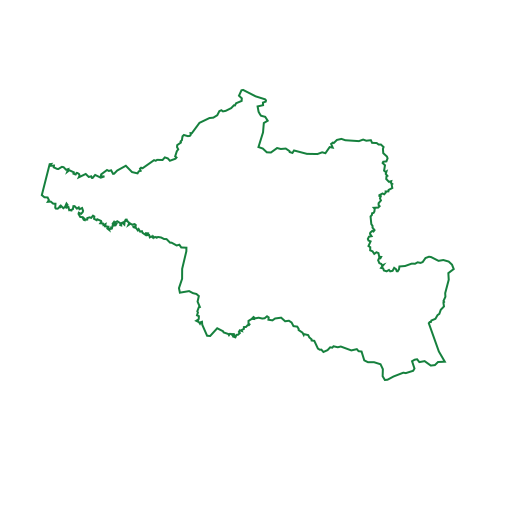 Tonkpi, Dix-Huit Montagnes, Ivory Coast (Albers equal-area conic projection), rotated 71°
{"feature_id": "98640826B98350089255378", "entity_name": "Tonkpi", "entity_type": "district", "adm_level": 2, "iso_a3": "CIV", "parent_name": "Ivory Coast", "parent_adm1": "Dix-Huit Montagnes", "projection": "albers", "projection_center": [-7.715, 7.368], "detail": "fine", "context": "isolated", "style": "outline", "palette": "green", "viewbox_px": 512, "rotation_deg": 71, "n_neighbors": 0, "source": "geoboundaries", "source_scale": "gbopen_adm2", "svg_char_len": 6142}
<svg xmlns="http://www.w3.org/2000/svg" viewBox="0 0 512 512"><g transform="rotate(71 256 256)"><path d="M218.5,105.1L218.7,106.1L217.0,107.1L212.2,104.5L209.3,106.0L208.3,105.0L209.0,101.9L206.5,99.8L204.6,99.8L200.2,102.2L196.0,101.1L194.5,99.9L191.3,101.6L190.5,103.8L188.5,105.1L186.8,109.4L183.9,109.7L182.9,114.2L180.8,116.8L180.9,121.3L175.6,133.9L173.1,137.1L172.6,141.7L174.5,145.7L173.8,146.4L174.5,148.5L178.5,148.2L177.0,150.9L181.4,156.9L179.5,159.7L179.6,164.7L176.0,174.6L168.6,185.7L170.4,188.0L168.7,190.3L167.7,190.2L164.1,192.9L162.9,197.7L160.8,200.9L163.0,208.2L161.5,212.0L156.6,214.6L153.8,218.2L141.4,209.1L132.8,205.3L131.9,200.9L127.4,202.0L125.0,205.6L123.3,206.1L120.5,206.6L115.1,205.8L115.7,200.2L113.2,199.5L113.2,196.6L112.1,195.9L110.8,196.4L104.9,204.4L94.8,214.1L94.6,215.8L98.9,219.9L102.3,218.1L104.7,219.1L105.1,225.1L106.8,226.9L106.3,227.8L108.1,231.3L108.9,237.4L108.5,240.2L106.9,241.3L107.1,243.5L110.3,246.8L111.3,251.3L110.4,255.1L111.7,266.1L119.0,276.7L118.5,277.9L120.1,278.2L120.9,279.5L120.5,281.4L118.1,284.8L118.9,286.5L122.4,288.4L123.1,290.0L124.3,290.1L125.5,294.4L127.3,295.2L129.8,294.8L131.2,296.8L135.5,300.0L137.0,299.1L137.8,300.5L137.9,306.4L135.0,307.6L133.1,310.1L134.8,313.1L132.9,318.2L133.3,319.8L132.2,321.2L136.1,334.7L135.1,335.9L135.7,337.3L137.9,337.3L137.8,339.3L139.3,341.1L136.3,345.9L128.3,349.7L130.0,359.4L132.0,363.4L131.8,364.4L127.8,365.1L127.7,367.4L126.2,368.9L128.4,375.8L129.5,376.5L130.4,376.1L131.4,373.4L131.4,377.3L127.0,381.7L129.0,385.1L128.7,385.8L127.0,385.9L126.8,388.4L123.0,390.3L123.9,397.9L122.6,396.7L121.0,396.6L119.4,397.8L119.0,398.6L120.2,400.0L119.7,400.7L118.7,401.8L117.6,401.0L114.1,404.6L115.0,407.1L112.7,405.3L112.6,407.5L109.4,409.0L108.5,410.5L109.4,414.6L108.9,415.7L106.3,418.4L104.7,417.6L103.9,420.7L103.0,420.9L102.3,419.8L102.0,421.2L128.7,438.7L131.6,436.9L132.8,434.0L135.6,433.6L137.0,435.2L137.7,432.4L140.5,430.7L141.3,428.6L145.0,430.1L146.0,429.8L146.7,428.1L145.7,425.6L146.7,424.5L145.1,425.2L144.7,424.2L148.1,422.6L147.3,420.5L144.7,418.1L146.3,417.6L147.6,419.7L148.6,419.6L148.6,417.4L151.9,417.7L152.2,415.7L153.6,416.2L152.2,415.3L152.1,413.9L149.4,412.4L149.8,411.3L152.9,409.9L152.3,407.8L154.3,407.7L154.0,404.8L157.0,404.8L158.1,405.6L159.2,407.7L157.4,409.4L158.4,410.1L161.8,409.5L162.8,407.5L165.7,407.1L166.1,406.6L164.5,406.3L166.2,405.4L166.6,403.7L165.2,403.1L165.3,400.7L166.3,399.4L164.8,397.0L166.0,396.0L168.1,397.0L170.3,395.0L169.6,394.1L172.4,391.1L173.4,391.1L174.4,392.5L175.5,390.1L177.1,390.2L176.8,387.9L178.8,389.1L180.2,386.2L181.6,387.6L183.5,386.4L181.5,386.3L182.9,385.5L183.1,384.3L182.1,383.8L182.8,383.1L179.8,381.2L180.8,381.0L181.3,378.8L180.2,377.6L179.6,380.2L178.7,380.8L177.5,379.1L178.4,378.9L178.0,375.8L181.2,373.4L182.6,374.3L183.2,373.5L181.1,372.9L180.9,370.3L181.8,369.9L182.1,371.0L183.4,370.3L180.6,369.0L180.4,367.4L179.9,368.1L179.2,367.4L179.5,366.4L181.1,366.5L183.4,365.0L185.2,366.6L184.5,364.2L186.0,363.0L186.3,360.4L187.6,359.6L189.0,360.3L188.4,362.4L188.9,362.4L190.5,360.3L193.3,359.4L192.4,358.2L195.3,357.6L195.4,355.8L197.2,355.7L200.0,353.6L198.6,352.7L199.4,350.8L200.9,351.9L201.2,350.2L203.8,350.3L203.5,348.6L205.1,347.5L203.9,346.9L205.5,345.8L205.4,344.5L206.4,343.9L206.1,342.5L207.6,339.7L210.0,337.4L210.9,335.1L215.4,332.9L215.9,331.5L220.2,327.6L220.4,324.8L223.6,323.9L225.5,319.1L228.8,320.3L244.1,330.0L253.5,333.3L261.3,339.3L265.9,339.9L267.4,330.7L270.6,327.7L272.5,324.7L275.3,323.1L280.1,326.1L285.9,325.7L285.8,326.7L289.2,329.5L290.5,329.3L292.9,331.1L294.3,329.6L296.8,330.6L298.2,332.0L297.5,332.3L297.8,333.6L300.1,331.4L301.8,331.0L300.6,329.7L300.6,328.5L303.5,329.2L315.5,328.2L316.7,325.4L311.7,316.2L316.4,311.7L317.7,311.5L320.8,307.5L322.0,307.3L321.1,306.1L321.6,304.9L323.3,304.0L322.3,303.2L322.7,302.3L324.3,302.5L324.9,303.6L326.2,302.0L324.2,300.1L324.6,298.6L323.6,296.4L322.2,296.9L321.0,295.5L322.2,293.9L321.4,294.0L321.0,291.2L319.3,290.6L319.8,288.5L318.7,286.5L319.1,285.3L318.5,284.4L317.4,285.1L314.9,284.2L314.1,280.4L314.6,279.2L313.6,279.6L312.9,278.2L314.7,277.1L315.2,273.6L317.2,270.4L317.7,268.1L316.6,265.2L318.2,264.0L320.3,265.0L322.2,261.4L321.3,258.3L322.5,252.3L327.2,249.7L327.9,246.0L330.5,244.0L334.5,243.4L336.2,240.0L338.7,239.4L339.9,239.8L343.6,237.0L346.2,236.6L345.5,236.0L347.8,232.4L350.3,232.1L352.9,230.6L354.0,230.9L355.2,228.5L363.7,227.6L365.4,226.2L365.8,224.7L368.7,223.5L368.3,219.0L366.5,215.6L367.5,213.7L366.6,212.1L368.9,208.4L369.2,205.3L376.3,196.6L376.9,191.0L379.4,190.0L380.7,187.3L389.9,187.6L392.8,184.8L394.9,178.9L398.9,173.5L404.3,172.9L410.9,175.4L415.2,174.5L415.8,171.9L414.7,165.2L414.3,154.7L415.5,152.5L415.7,144.8L414.0,142.8L406.3,142.7L405.7,139.7L406.1,137.3L409.5,136.1L410.3,130.8L416.5,126.4L417.4,122.4L415.5,118.4L417.4,111.9L405.8,114.2L375.8,114.5L375.0,113.3L375.4,112.2L374.1,111.2L373.8,106.8L371.0,103.6L370.4,101.5L367.0,98.8L364.9,94.7L361.2,94.0L360.7,93.1L359.6,93.4L356.2,90.2L352.7,89.2L341.2,81.5L334.8,79.7L332.7,73.3L328.0,73.5L324.0,75.6L320.8,80.2L320.0,85.0L314.0,90.8L313.0,92.7L313.1,96.4L316.0,100.4L316.1,102.7L314.6,105.2L315.1,108.1L313.9,111.3L314.0,118.3L312.6,123.8L315.1,125.1L316.6,127.0L316.2,127.9L314.1,127.9L312.2,129.2L314.5,131.7L314.2,134.1L312.5,134.8L313.0,137.5L311.3,139.8L309.1,139.8L308.0,141.6L305.9,138.4L306.0,139.9L304.3,140.1L302.9,141.7L299.8,141.9L298.3,140.5L298.7,139.2L297.6,138.0L296.8,139.7L293.1,139.3L291.7,140.9L292.5,143.5L289.5,144.3L287.8,146.2L284.9,145.1L283.2,146.4L279.5,142.9L278.0,144.6L276.3,144.7L274.5,142.9L274.9,140.3L272.2,141.0L271.1,140.3L270.1,137.9L271.1,137.0L270.1,135.5L267.1,136.6L265.5,136.0L263.4,136.6L255.9,134.8L255.0,133.1L253.4,132.3L253.5,130.8L252.5,129.6L250.1,128.4L248.8,128.9L250.0,124.7L249.1,122.9L247.7,123.5L246.0,122.9L244.2,119.8L241.8,120.0L240.2,118.6L239.4,119.8L238.6,119.5L238.1,116.0L239.4,114.7L238.2,112.6L237.2,112.4L238.0,109.8L236.7,109.1L236.1,105.0L232.2,104.4L232.1,103.8L230.6,104.7L229.3,103.8L229.1,106.2L225.6,107.8L223.2,106.7L223.0,105.7L220.6,106.6L218.5,105.1Z" fill="none" stroke="#15803d" stroke-width="2"/></g></svg>